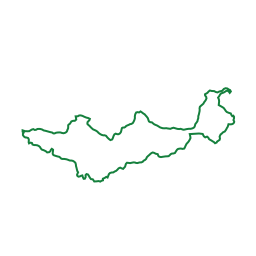 Couto de Magalhães de Minas, Minas Gerais, Brazil, rotated 282°
{"feature_id": "56859067B29184273351224", "entity_name": "Couto de Magalhães de Minas", "entity_type": "district", "adm_level": 2, "iso_a3": "BRA", "parent_name": "Brazil", "parent_adm1": "Minas Gerais", "projection": "mercator", "projection_center": [-43.424, -18.078], "detail": "fine", "context": "isolated", "style": "outline", "palette": "green", "viewbox_px": 256, "rotation_deg": 282, "n_neighbors": 0, "source": "geoboundaries", "source_scale": "gbopen_adm2", "svg_char_len": 4779}
<svg xmlns="http://www.w3.org/2000/svg" viewBox="0 0 256 256"><g transform="rotate(282 128 128)"><path d="M128.5,74.4L127.1,75.0L125.5,75.6L124.0,74.5L123.6,72.8L122.7,71.3L121.5,70.8L120.2,70.4L119.3,69.5L118.3,68.9L116.6,69.3L114.9,69.5L113.8,69.1L112.6,69.1L111.3,68.6L110.3,67.6L109.5,66.1L109.4,64.4L109.6,63.1L109.4,61.7L109.0,60.2L108.4,58.6L107.5,57.4L107.2,56.1L107.8,54.8L107.8,53.0L107.9,51.2L108.0,49.6L108.1,48.0L108.1,46.0L108.7,44.2L108.8,42.4L108.6,41.1L108.2,39.6L107.2,38.5L106.7,37.2L107.2,35.6L106.5,34.3L105.4,33.1L104.3,32.0L103.9,30.2L103.5,28.1L103.8,25.4L102.4,25.7L101.7,26.9L100.6,26.4L99.2,26.7L98.0,28.0L97.4,29.5L97.6,30.7L97.4,32.4L96.3,33.3L95.0,33.6L93.4,33.8L92.4,34.4L93.4,35.7L93.4,37.1L92.0,38.0L91.8,39.6L92.1,41.1L92.2,43.0L91.8,44.6L91.0,46.0L89.8,47.0L88.9,48.4L88.8,50.0L88.5,51.2L88.2,52.4L87.3,54.0L88.0,56.0L89.3,56.9L90.6,57.1L91.8,57.8L91.2,59.2L90.0,59.4L88.6,59.5L87.1,59.7L86.0,60.7L85.8,62.0L85.6,64.0L85.5,65.7L85.5,66.9L84.9,67.9L84.1,69.2L84.1,70.4L84.5,72.2L84.6,74.4L84.4,76.1L84.1,77.7L84.4,79.5L84.4,80.9L83.9,82.3L83.1,83.7L81.7,84.5L79.9,85.1L78.2,86.0L76.9,86.6L75.3,87.4L74.3,88.4L73.0,88.1L71.5,87.9L70.5,88.6L70.1,89.7L70.7,91.1L71.5,92.0L72.1,93.2L70.5,94.1L69.1,95.2L69.4,96.3L71.1,96.8L73.1,96.3L74.3,97.0L74.2,98.5L73.1,99.6L71.6,100.9L70.3,102.4L70.5,104.2L69.6,105.2L68.7,106.1L69.1,107.8L69.5,108.9L70.0,110.4L69.8,112.0L70.9,113.1L71.6,114.4L73.2,114.0L74.3,115.6L75.7,116.9L75.3,118.3L77.0,118.6L78.9,118.9L80.2,119.7L81.1,121.3L81.5,122.9L82.6,123.9L83.6,125.3L85.0,126.3L86.6,127.2L87.6,128.6L87.2,130.3L87.0,131.7L88.2,132.4L89.6,133.2L91.1,133.3L92.4,133.4L93.8,134.2L94.0,136.0L94.1,137.4L94.8,138.9L95.5,140.5L95.7,142.0L95.5,143.2L95.7,144.6L96.7,146.4L97.1,148.1L98.0,149.4L99.2,150.0L100.3,151.3L101.6,152.2L103.3,152.5L105.0,153.6L106.0,154.4L107.2,155.2L108.4,156.2L109.2,157.3L109.1,158.8L108.6,160.4L108.6,162.5L107.1,163.4L106.4,164.6L106.4,166.3L107.0,167.8L107.6,169.4L108.1,170.8L108.4,172.0L108.9,173.6L110.1,174.5L111.3,175.2L112.2,176.4L112.5,177.7L113.3,179.1L115.3,179.8L117.0,180.5L117.9,181.3L118.4,182.4L118.9,184.0L118.9,185.7L119.6,187.3L121.0,187.7L122.6,188.0L124.8,188.6L126.2,189.5L127.6,190.2L129.4,190.8L131.2,191.2L132.6,190.7L133.8,190.2L134.9,189.7L137.4,198.7L137.7,202.3L136.6,203.1L135.6,204.0L134.9,205.5L136.0,207.1L135.3,208.5L134.0,209.6L133.5,210.8L133.1,212.3L132.6,213.4L132.2,214.8L131.2,216.3L132.2,217.7L133.3,218.0L134.4,219.1L135.5,220.1L137.0,220.1L138.6,219.4L140.9,219.9L142.2,221.0L143.5,221.8L144.7,223.4L146.8,224.3L148.4,224.7L150.0,225.3L151.4,225.4L152.6,225.5L152.8,227.2L153.3,228.8L154.2,230.0L155.4,230.6L156.5,230.5L157.7,229.5L159.4,229.7L161.0,229.4L161.9,228.5L161.2,227.6L162.2,226.5L163.6,225.5L163.8,223.3L164.2,221.3L165.0,220.1L166.2,218.9L167.5,217.4L168.0,216.1L168.5,214.6L168.9,213.3L169.3,212.0L171.1,211.8L173.0,211.6L175.0,210.9L176.4,209.8L178.2,210.6L179.9,211.1L180.9,211.7L181.8,212.8L182.5,214.1L183.6,215.3L184.7,216.4L185.2,217.5L184.5,219.1L183.5,220.2L185.1,221.0L186.3,220.0L186.7,218.3L187.3,217.0L187.2,215.2L186.2,213.7L185.2,213.1L184.0,212.4L183.3,211.1L182.7,209.8L181.4,208.1L181.5,206.2L182.0,204.7L181.8,203.4L181.6,202.2L181.7,200.3L180.4,199.2L178.9,198.4L177.8,197.2L177.0,196.3L175.8,196.7L174.7,198.0L173.3,198.6L171.7,198.3L170.4,197.8L169.0,197.1L167.5,196.7L166.4,195.9L165.0,194.8L163.7,193.9L162.1,193.9L160.8,194.3L159.4,194.5L157.3,194.5L155.9,194.5L154.3,194.3L152.2,194.7L150.6,194.5L149.0,194.5L147.4,193.8L145.7,193.0L144.1,193.0L142.9,192.8L141.9,192.2L141.0,191.0L140.2,189.4L139.8,187.5L139.3,186.1L138.8,184.9L138.2,183.7L137.8,182.4L138.0,180.9L138.1,179.5L137.6,178.3L137.4,176.6L137.5,175.1L137.6,173.9L137.7,172.4L136.9,170.9L136.0,169.6L135.9,168.2L135.8,166.8L135.8,165.6L135.3,163.8L135.0,162.3L135.1,160.6L135.3,159.1L135.9,157.6L136.5,155.8L136.8,154.0L137.1,152.8L137.8,151.4L138.5,150.2L138.3,148.6L138.8,147.1L140.1,146.3L141.7,145.4L143.1,143.8L144.1,142.4L144.9,141.4L145.3,140.1L146.1,138.5L146.8,136.8L145.5,135.6L145.5,134.1L144.9,132.8L143.3,132.3L142.1,132.2L140.6,132.3L139.1,132.7L137.3,132.6L135.4,132.2L133.7,131.6L132.6,130.3L132.2,129.2L131.3,128.2L130.5,127.0L129.6,125.8L128.5,125.2L127.7,124.3L127.4,123.0L126.7,122.1L125.5,122.0L124.0,122.0L122.5,121.9L121.0,121.2L120.0,120.1L119.7,118.9L119.9,117.1L118.9,116.0L117.0,115.5L115.1,115.3L113.5,114.9L112.5,113.3L113.4,111.4L114.5,109.7L115.8,108.2L116.0,106.6L115.7,105.3L115.8,103.6L116.4,101.7L117.1,100.2L118.1,98.8L118.8,97.0L119.1,95.6L119.4,94.1L120.3,92.5L121.4,90.8L122.1,89.9L122.6,88.8L123.6,87.4L125.3,87.2L126.4,87.8L127.5,88.6L129.0,88.8L129.5,86.8L129.5,85.3L129.7,84.0L130.0,82.5L130.4,81.0L130.5,79.1L130.1,77.6L129.0,76.4L128.5,74.4Z" fill="none" stroke="#15803d" stroke-width="2"/></g></svg>